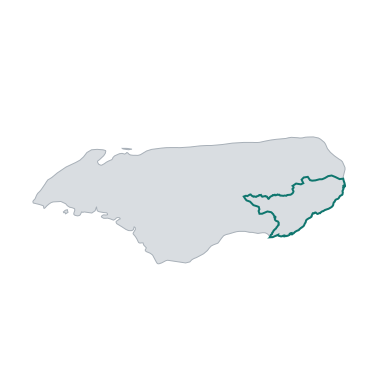 Atsimo-Andrefana highlighted on a map of Madagascar, rotated 247°
{"feature_id": "MDG-5866", "entity_name": "Atsimo-Andrefana", "entity_type": "Autonomous Province", "adm_level": 1, "iso_a3": "MDG", "parent_name": "Madagascar", "parent_adm1": "", "projection": "orthographic", "projection_center": [44.623, -23.116], "detail": "fine", "context": "in_parent", "style": "outline", "palette": "teal", "viewbox_px": 384, "rotation_deg": 247, "n_neighbors": 0, "source": "natural_earth", "source_scale": "10m", "svg_char_len": 8316}
<svg xmlns="http://www.w3.org/2000/svg" viewBox="0 0 384 384"><g transform="rotate(247 192 192)"><path d="M251.1,49.6L252.0,52.0L253.2,54.3L256.7,59.8L258.2,61.9L259.5,64.1L260.1,68.5L262.2,75.5L264.2,85.8L264.6,96.4L265.1,101.3L266.7,105.9L269.4,110.7L270.1,116.0L268.3,121.4L265.7,126.4L265.0,127.4L263.9,128.6L263.3,128.6L261.4,127.2L259.9,124.9L258.0,119.8L257.3,117.2L256.5,116.7L254.1,116.9L252.4,118.4L252.0,119.4L252.3,122.3L252.9,124.9L253.1,127.5L253.1,130.8L253.7,131.9L254.6,132.7L255.5,134.9L255.6,140.1L254.9,142.7L253.2,144.9L253.3,146.1L253.8,147.4L253.2,148.1L251.0,149.0L250.1,149.9L248.8,152.1L246.8,156.7L246.5,159.1L247.5,166.3L247.0,171.5L244.3,181.2L242.8,185.8L240.6,191.3L237.4,198.6L234.2,207.7L231.4,217.2L229.4,222.8L227.1,228.4L223.9,238.3L221.2,248.3L217.3,259.3L212.0,271.6L211.4,273.2L210.2,279.5L209.0,285.0L207.5,290.4L204.6,299.4L204.2,302.1L203.5,304.8L200.7,310.4L199.5,312.5L198.7,314.7L198.2,317.5L197.3,320.2L195.3,325.2L192.3,329.5L190.3,331.0L186.0,333.2L183.8,333.6L179.0,333.6L174.4,334.9L169.5,337.3L164.8,340.2L163.0,341.5L161.1,342.3L154.9,342.4L153.1,341.8L146.9,337.1L144.6,336.3L140.0,335.6L138.7,335.2L137.4,334.6L135.6,332.2L131.9,330.1L131.1,329.5L130.5,328.0L130.1,326.5L129.2,324.8L128.5,321.5L127.3,319.2L123.9,315.1L123.5,313.8L123.2,309.5L123.3,306.6L122.9,301.3L123.3,298.7L124.5,296.5L124.0,294.0L122.7,291.5L122.2,288.8L121.2,286.4L117.6,282.0L116.8,279.9L116.2,277.7L114.8,270.7L114.6,268.3L114.8,263.2L115.2,260.6L116.1,258.7L116.3,257.4L116.8,256.2L117.7,255.2L118.3,254.1L119.6,247.6L121.2,246.1L123.8,245.2L125.8,243.5L126.9,241.2L128.1,236.5L131.3,231.7L132.4,229.2L135.0,225.5L137.3,220.2L138.0,217.7L138.4,215.2L139.0,209.6L139.5,206.8L139.4,204.1L138.0,201.3L134.9,196.2L134.8,195.2L135.0,191.4L134.8,188.6L133.6,185.9L132.1,183.3L130.6,178.5L129.9,170.5L130.0,167.6L129.6,165.1L128.5,162.7L129.2,158.4L138.7,142.9L139.0,141.1L138.6,136.4L138.8,133.7L139.2,132.7L139.9,132.1L141.5,131.8L149.3,131.1L150.3,130.6L152.2,129.4L154.8,126.8L156.1,126.1L157.1,126.4L157.8,127.5L158.6,128.1L161.8,126.9L163.0,126.9L164.2,127.1L164.8,126.1L165.1,124.7L165.6,123.7L166.4,123.1L170.4,122.9L173.0,122.5L176.3,121.5L177.1,121.7L179.7,125.3L180.5,125.6L181.5,125.8L182.5,125.1L180.3,123.3L180.0,122.2L180.1,121.0L181.3,118.5L183.3,116.6L187.6,113.7L192.2,110.4L193.5,110.2L194.6,110.7L195.4,114.7L195.3,115.4L196.0,115.5L196.8,115.0L197.6,113.4L197.6,112.1L197.0,110.8L196.8,109.7L196.8,108.7L199.1,106.4L200.9,104.1L201.8,101.5L202.5,100.2L204.4,98.9L205.0,99.1L205.4,100.2L205.6,101.4L205.1,102.6L204.4,103.8L204.1,105.4L205.2,105.7L206.2,105.3L207.7,102.5L209.4,99.9L210.4,98.5L211.7,97.5L213.8,97.8L215.8,98.4L212.6,95.5L211.8,91.6L215.8,84.9L215.9,83.5L216.5,83.1L216.8,82.6L214.7,80.3L214.4,79.1L214.7,77.4L215.7,75.9L216.6,74.9L217.8,74.5L218.8,75.1L221.0,77.0L222.5,77.4L224.3,75.6L225.8,73.4L228.1,71.9L230.6,71.1L234.5,67.6L237.1,60.4L237.3,58.2L236.8,55.6L236.0,53.1L234.6,50.0L235.0,49.3L237.1,49.8L237.8,49.4L240.1,46.7L243.9,41.6L245.2,41.7L246.2,42.7L246.6,44.1L247.3,45.2L249.8,47.7L251.1,49.6ZM224.5,69.5L224.5,70.3L221.7,69.9L221.3,67.1L222.7,67.1L223.0,65.9L223.9,65.8L224.7,68.3L224.5,69.5ZM257.4,149.5L254.9,153.5L255.7,150.1L258.6,145.3L259.4,144.9L257.4,149.5Z" fill="#d9dde1" stroke="#a8b0b8" stroke-width="1"/><path d="M145.2,336.4L143.1,336.0L140.9,335.9L137.9,335.3L137.5,335.1L137.2,334.2L136.6,333.5L136.4,333.0L136.8,333.2L137.2,333.5L137.8,334.2L138.2,334.5L138.5,334.5L138.7,334.3L138.6,333.8L138.3,333.8L138.0,333.7L137.5,333.1L137.2,332.9L136.9,332.8L136.5,332.7L136.1,332.7L135.4,332.4L134.2,331.0L133.5,330.7L132.8,330.7L132.6,330.6L130.9,329.5L130.7,329.0L130.6,327.3L130.4,326.5L128.9,324.5L128.7,323.8L128.8,321.7L128.6,321.0L128.4,320.6L127.5,319.6L127.4,319.6L127.2,319.3L127.2,319.1L127.1,318.6L127.0,318.4L126.3,317.8L124.9,316.9L124.3,316.2L123.6,314.6L123.2,311.2L123.5,307.4L123.1,305.2L123.3,304.6L123.3,304.3L123.3,304.1L123.1,303.4L122.9,302.5L122.8,302.1L122.5,301.7L122.8,301.2L122.7,299.7L122.8,298.9L123.3,298.5L124.7,297.9L125.0,297.4L125.0,297.0L124.7,296.4L124.7,296.0L125.0,295.7L125.3,295.2L125.2,294.8L125.0,294.5L124.4,294.0L124.0,293.5L123.1,292.6L122.9,292.5L122.7,292.5L122.6,292.3L122.5,292.2L122.4,291.7L122.2,290.9L122.1,288.9L121.8,287.2L121.5,286.3L121.0,285.7L119.5,284.6L119.3,284.3L119.0,283.6L118.7,283.3L118.3,283.0L117.6,282.2L117.1,281.5L116.9,281.1L116.8,280.8L116.7,279.8L116.4,279.2L116.3,278.0L116.0,277.4L115.9,276.6L115.8,276.4L115.5,276.0L115.4,275.8L115.2,275.3L115.2,274.8L115.3,273.8L115.1,271.7L114.8,270.6L114.3,269.6L114.3,269.4L114.3,269.1L114.3,268.9L114.1,268.4L113.9,267.8L113.9,267.4L114.4,267.0L114.9,267.0L115.4,267.4L115.5,267.0L115.5,266.6L115.4,266.2L115.4,265.8L114.7,265.8L114.4,264.9L114.3,262.9L114.4,262.6L114.6,262.2L114.6,261.4L114.7,261.2L114.8,261.0L114.9,260.9L115.0,260.8L115.2,260.7L115.0,260.1L115.1,259.8L115.1,259.5L115.3,259.3L115.5,259.0L115.7,259.4L115.7,259.7L115.6,260.6L116.0,259.9L116.1,258.9L116.1,257.7L116.2,256.9L116.4,256.5L117.8,254.7L118.1,254.5L118.5,254.4L119.0,254.7L118.9,248.7L119.1,248.1L119.5,247.1L119.7,246.5L119.8,246.9L120.0,246.9L120.4,246.5L120.7,247.0L121.5,247.5L121.8,248.0L122.0,249.2L122.2,249.4L123.1,249.9L123.3,250.2L123.4,250.6L123.6,251.0L124.0,251.5L124.6,252.0L124.8,252.4L124.8,252.9L124.9,253.1L125.3,253.8L125.4,254.2L125.5,254.7L125.6,255.2L126.3,255.8L126.5,256.1L126.5,256.4L126.7,256.8L127.0,257.4L127.6,257.9L127.7,258.2L127.8,258.7L127.8,258.9L128.1,259.1L128.4,259.1L128.6,259.2L128.9,259.2L129.1,259.3L129.3,259.6L129.5,259.7L130.0,259.8L130.4,259.7L131.2,259.5L131.5,259.4L132.0,258.7L132.4,258.3L133.0,257.9L133.8,257.6L134.5,257.6L135.2,258.0L135.6,258.6L135.8,258.7L136.2,258.2L136.4,257.9L136.7,258.0L136.8,258.2L137.0,258.8L137.6,258.4L138.3,258.2L139.9,258.1L140.9,257.6L141.7,257.4L142.2,257.1L142.6,256.8L144.6,253.8L144.6,248.1L145.6,245.6L148.5,245.9L149.8,247.3L152.2,247.6L153.8,245.9L155.9,243.4L160.4,241.7L163.0,238.9L165.2,238.3L167.6,237.9L167.5,240.0L167.4,240.1L167.3,240.3L167.1,240.8L166.9,241.0L166.7,241.2L166.6,241.3L166.6,241.6L167.0,243.9L167.0,244.1L166.9,244.7L166.9,244.8L166.8,245.0L166.7,245.1L166.1,245.2L165.7,245.4L165.2,245.6L164.9,245.8L164.7,246.0L164.4,246.1L164.2,246.3L164.2,246.6L163.8,246.8L163.7,246.8L163.5,247.0L163.5,247.5L163.5,247.8L163.4,247.9L163.4,248.0L162.6,248.9L162.5,249.0L162.5,249.3L162.7,249.9L162.7,250.2L162.7,250.3L162.5,250.8L162.5,251.1L162.9,252.6L162.9,252.8L162.8,253.1L162.7,253.1L162.3,253.3L162.3,253.5L162.3,253.8L162.3,254.0L162.3,254.3L162.2,254.3L161.7,254.5L160.8,254.6L160.6,254.6L160.4,254.7L160.3,254.8L160.2,254.9L160.2,255.0L159.6,258.0L159.4,258.2L159.3,258.3L159.0,258.3L158.9,258.4L158.8,258.5L158.7,258.6L158.6,259.0L158.4,259.2L157.5,259.4L156.6,259.4L156.4,259.5L156.2,259.5L155.9,259.7L155.8,259.8L155.9,260.2L156.0,260.5L156.5,261.1L156.8,261.7L156.9,262.0L157.0,262.1L157.0,262.3L157.2,263.3L157.2,263.6L157.1,263.8L157.1,264.0L157.2,264.4L157.5,264.9L157.5,265.1L157.6,265.3L157.5,265.5L157.4,265.6L157.1,265.9L157.0,266.0L157.2,266.5L157.2,266.9L157.1,267.1L157.0,267.3L156.7,267.3L156.4,267.5L156.4,267.9L156.3,268.1L156.2,268.2L156.2,268.5L156.2,268.8L156.2,269.1L156.3,269.5L156.3,269.8L156.2,269.9L155.8,270.0L155.7,270.1L155.5,270.6L155.5,271.0L155.4,271.3L155.0,271.5L154.6,271.6L154.3,271.7L154.2,271.8L154.1,272.0L154.1,272.3L154.0,272.5L153.9,272.6L152.9,274.4L152.7,274.9L152.7,275.1L152.6,275.7L152.5,276.0L152.4,276.2L151.9,277.0L151.7,277.4L151.7,277.5L151.8,277.7L151.9,278.2L152.0,278.3L152.0,278.6L151.9,278.7L151.8,279.0L151.7,279.5L151.6,279.9L151.5,280.1L151.4,280.3L151.2,281.2L151.0,281.6L151.0,281.8L151.1,282.2L151.1,282.5L151.1,282.8L151.2,283.0L151.3,283.1L151.4,283.3L151.5,283.9L151.5,284.0L151.7,284.4L151.9,284.6L152.1,284.9L152.7,285.5L152.8,285.6L153.0,285.6L153.3,285.7L153.5,285.7L154.3,285.6L154.5,285.6L154.9,285.7L155.0,285.7L155.3,285.6L155.5,285.6L155.6,285.8L155.7,286.1L155.8,286.3L156.0,286.6L156.1,287.0L156.3,287.2L156.5,287.3L157.0,287.2L157.3,287.3L157.6,287.4L157.8,287.4L158.0,287.3L158.3,287.1L159.1,291.1L156.5,295.2L156.6,297.9L160.5,297.7L161.7,300.5L160.7,304.5L156.8,305.3L155.5,307.0L154.5,310.1L153.9,314.3L152.9,316.8L152.9,319.7L153.4,323.6L152.6,327.0L149.8,329.8L146.2,332.9L145.2,336.4Z" fill="none" stroke="#0f766e" stroke-width="2"/></g></svg>